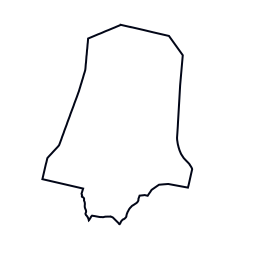 the district of Khab wa Ash Sha'f, Al Jawf, Yemen, rotated 283°
{"feature_id": "15242507B11673803403546", "entity_name": "Khab wa Ash Sha'f", "entity_type": "district", "adm_level": 2, "iso_a3": "YEM", "parent_name": "Yemen", "parent_adm1": "Al Jawf", "projection": "mercator", "projection_center": [45.303, 16.593], "detail": "fine", "context": "isolated", "style": "outline", "palette": "ink", "viewbox_px": 256, "rotation_deg": 283, "n_neighbors": 0, "source": "geoboundaries", "source_scale": "gbopen_adm2", "svg_char_len": 4005}
<svg xmlns="http://www.w3.org/2000/svg" viewBox="0 0 256 256"><g transform="rotate(283 128 128)"><path d="M226.9,97.6L226.7,97.6L225.4,95.8L224.2,94.1L223.0,92.5L221.6,90.5L220.3,88.7L219.0,86.9L217.8,85.1L216.5,83.3L215.2,81.6L213.9,79.8L212.5,77.7L211.4,76.2L210.1,74.4L208.8,72.6L207.5,70.8L206.2,69.0L204.2,69.3L202.3,69.6L200.4,69.8L198.4,70.1L196.4,70.4L194.4,70.6L192.5,70.9L190.5,71.2L188.5,71.4L186.6,71.7L184.6,72.0L182.7,72.3L180.7,72.5L178.7,72.8L176.8,73.1L174.8,73.3L172.6,73.2L170.4,73.0L168.2,72.9L166.1,72.8L163.9,72.6L161.7,72.5L159.5,72.3L157.5,72.2L154.9,72.0L152.9,71.9L150.7,71.6L148.8,71.4L146.3,71.1L144.1,70.8L141.9,70.5L139.7,70.2L137.5,70.0L135.3,69.7L133.1,69.4L130.9,69.1L128.7,68.8L126.5,68.6L124.3,68.3L122.1,68.0L119.8,67.7L117.6,67.5L115.4,67.2L113.2,66.9L111.0,66.6L108.8,66.4L106.6,66.1L104.5,65.8L102.2,65.6L100.0,65.3L97.6,65.0L95.6,64.7L93.7,63.7L91.8,62.6L89.9,61.5L88.0,60.4L86.2,59.4L84.3,58.3L82.4,57.2L80.5,56.2L78.4,56.2L76.3,56.2L74.3,56.1L72.1,56.1L70.0,56.1L67.9,56.1L65.8,56.1L63.6,56.1L61.6,56.1L60.2,56.1L59.4,56.1L58.9,56.1L58.9,60.7L58.9,73.3L58.9,73.6L58.9,82.8L58.9,88.8L58.9,97.9L53.4,97.5L52.2,98.4L51.4,98.3L50.8,98.5L50.6,98.7L50.5,98.9L50.5,99.4L50.4,99.8L50.2,100.1L49.9,100.6L49.6,100.9L49.3,101.1L48.9,101.2L48.5,101.3L48.1,101.3L47.6,101.4L47.4,101.5L47.1,101.7L46.8,101.9L46.5,102.1L46.1,102.4L45.7,102.6L45.0,102.8L44.6,103.0L44.1,103.1L43.5,103.2L43.2,103.2L42.8,103.3L42.2,103.4L41.8,103.5L41.3,103.7L40.9,103.8L40.4,104.1L40.1,104.3L39.6,104.6L39.0,105.1L38.5,105.4L38.0,105.7L37.4,105.9L37.0,106.0L36.7,106.0L36.4,106.0L36.2,106.0L35.8,105.9L35.5,105.9L35.2,105.8L34.8,105.9L34.4,106.1L34.2,106.3L33.9,106.5L33.7,106.7L33.5,107.0L33.3,107.3L33.1,107.6L32.9,107.9L32.7,108.1L32.5,108.3L32.1,108.7L31.7,109.0L31.3,109.4L30.8,109.7L30.3,110.1L29.8,110.3L29.2,110.6L29.5,110.8L30.5,111.1L31.2,111.4L32.9,111.9L33.3,112.0L33.9,112.3L34.5,112.7L34.6,114.7L34.7,115.5L34.7,116.3L34.9,120.5L35.3,122.4L35.4,123.2L35.5,123.8L35.8,124.4L36.5,125.8L36.5,126.0L36.6,126.3L37.0,127.7L37.5,129.7L37.7,131.3L37.8,131.3L37.7,132.0L37.5,133.0L37.4,133.3L37.3,133.6L36.9,134.2L33.3,140.0L32.5,141.3L32.4,141.3L32.4,141.5L32.6,141.6L33.0,141.7L33.2,141.8L33.4,141.9L33.9,142.0L34.3,142.1L34.7,142.1L35.3,142.3L35.6,142.4L36.1,142.6L36.6,142.9L37.1,143.2L37.4,143.4L37.7,143.6L37.8,143.8L38.0,144.0L38.1,144.3L38.4,144.5L38.5,144.7L38.8,145.0L39.1,145.2L39.4,145.4L39.9,145.7L40.4,146.0L40.9,146.2L41.3,146.3L41.5,146.3L41.9,146.2L42.2,146.2L42.5,146.2L42.8,146.2L43.1,146.2L43.4,146.2L43.8,146.2L44.0,146.2L44.4,146.3L44.9,146.4L45.3,146.4L45.6,146.4L45.9,146.5L46.3,146.6L46.5,146.7L46.9,146.8L47.3,146.9L47.8,147.0L48.4,147.2L49.0,147.3L49.4,147.5L49.7,147.6L50.1,147.8L50.4,147.9L50.7,148.1L51.1,148.3L51.5,148.6L52.1,148.9L52.5,149.1L52.8,149.3L53.2,149.6L53.4,149.8L53.6,150.1L53.9,150.3L54.1,150.5L54.4,150.8L54.7,151.2L55.0,151.4L55.5,151.9L56.1,152.4L56.5,152.9L57.0,153.3L57.3,153.4L57.6,153.7L58.0,153.9L58.6,154.1L59.1,154.3L59.5,154.3L59.9,154.4L60.3,154.3L60.5,154.3L60.8,154.2L61.0,154.2L61.4,154.1L61.5,154.1L62.0,154.2L62.3,154.2L62.8,154.3L64.7,154.5L66.0,158.3L66.4,159.3L66.4,162.4L69.1,163.4L70.5,164.0L73.0,164.9L74.9,166.6L75.3,167.0L75.9,167.5L78.1,169.5L79.6,170.9L79.7,171.0L79.9,171.6L80.6,173.8L81.2,175.6L81.4,176.3L82.5,179.8L83.4,199.8L86.3,199.9L97.4,199.8L100.2,199.8L101.2,199.8L102.2,199.8L102.6,199.6L102.9,199.5L103.5,199.0L104.1,198.5L105.0,197.6L105.9,196.6L106.0,196.6L106.2,196.4L106.6,196.0L107.6,194.6L109.2,192.1L111.2,189.1L114.0,186.2L114.7,185.5L115.8,184.7L117.9,183.2L119.8,182.1L121.0,181.4L121.5,181.2L122.8,180.5L123.4,180.2L124.6,179.7L125.9,179.2L127.1,178.7L128.3,178.3L129.9,177.9L130.0,177.9L132.5,177.5L133.8,177.3L141.1,176.1L145.0,175.4L168.5,171.4L181.3,169.2L211.2,165.0L213.7,162.2L226.9,147.2L226.9,131.0L227.0,120.8L227.0,115.9L227.0,115.7L227.0,110.9L227.0,107.9L226.9,107.9L226.9,103.8L226.9,99.8L226.9,97.8L226.9,97.7L226.9,97.6Z" fill="none" stroke="#020617" stroke-width="2"/></g></svg>